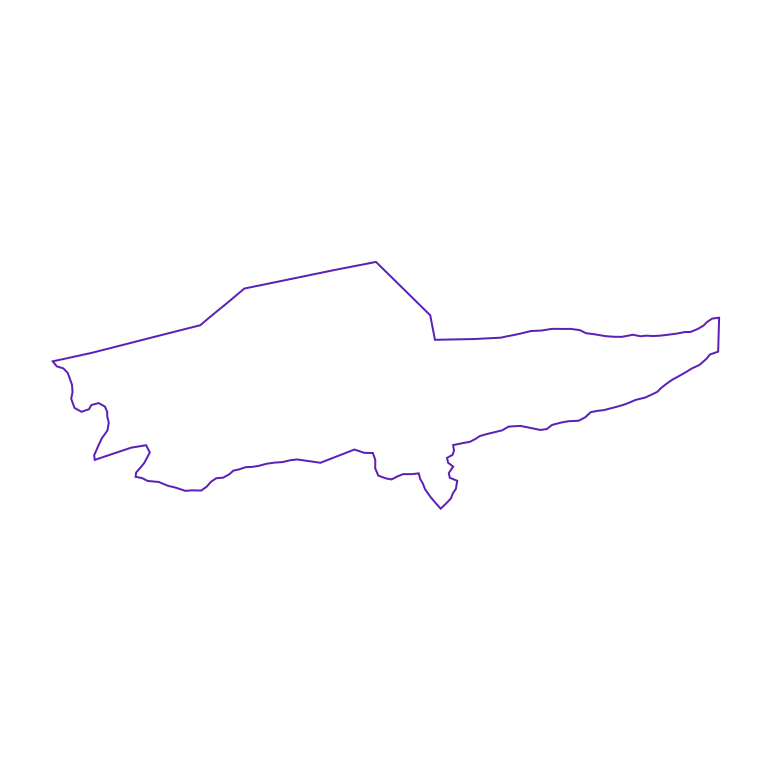 Itiruçu, Bahia, Brazil (Equal Earth projection), rotated 273°
{"feature_id": "56859067B82004769572175", "entity_name": "Itiruçu", "entity_type": "district", "adm_level": 2, "iso_a3": "BRA", "parent_name": "Brazil", "parent_adm1": "Bahia", "projection": "equal_earth", "projection_center": [-40.17, -13.503], "detail": "fine", "context": "isolated", "style": "outline", "palette": "violet", "viewbox_px": 768, "rotation_deg": 273, "n_neighbors": 0, "source": "geoboundaries", "source_scale": "gbopen_adm2", "svg_char_len": 2167}
<svg xmlns="http://www.w3.org/2000/svg" viewBox="0 0 768 768"><g transform="rotate(273 384 384)"><path d="M467.7,715.2L466.5,708.3L462.6,703.1L459.1,700.1L455.3,694.3L452.0,687.4L451.6,681.4L449.9,674.8L448.1,665.3L446.7,657.2L446.0,650.2L446.0,643.6L445.1,637.6L446.2,630.1L443.5,618.8L443.2,610.8L443.4,602.6L444.7,591.3L445.3,583.2L448.1,576.5L448.8,567.4L448.3,558.6L447.9,549.1L445.6,538.2L444.6,528.0L441.4,517.3L439.5,510.3L438.1,504.4L436.4,498.4L433.6,471.4L430.8,432.6L446.0,428.8L455.0,426.6L505.5,369.6L495.2,328.3L472.0,239.5L456.4,222.8L450.1,215.8L440.7,205.5L436.7,201.3L433.1,197.5L421.2,159.1L399.7,90.1L389.3,52.0L384.5,56.3L382.8,63.0L378.6,67.5L373.7,69.7L366.7,72.5L359.6,73.4L352.9,72.4L343.9,76.2L340.4,83.4L343.4,90.7L347.7,92.9L350.0,100.1L346.8,106.5L341.8,109.0L337.1,109.3L331.0,111.2L323.0,110.2L315.3,105.2L308.3,102.3L302.4,100.1L297.7,98.3L293.1,99.1L307.2,134.9L310.4,149.6L303.4,153.7L297.0,150.8L292.4,148.6L287.3,144.8L282.6,141.1L278.3,140.8L277.4,147.2L274.8,153.2L274.4,164.1L271.1,173.3L269.6,181.4L266.9,191.2L267.8,198.1L268.0,207.0L272.3,212.4L277.4,216.4L281.1,221.4L282.1,228.4L285.8,234.3L289.6,238.1L291.2,243.9L293.7,250.2L294.3,256.4L295.5,262.5L298.2,270.9L299.7,278.5L300.8,287.0L303.1,294.9L304.1,301.3L302.0,324.6L317.0,357.9L314.2,367.9L314.5,376.5L307.6,379.3L299.4,379.6L292.2,383.1L289.8,391.0L289.1,396.6L292.2,401.8L295.0,407.7L295.4,416.3L296.6,423.4L291.2,425.0L287.0,427.8L280.9,430.6L273.5,436.4L266.9,442.7L262.5,447.1L267.4,451.8L273.2,456.8L278.2,458.4L283.1,461.3L291.2,462.2L293.8,454.6L298.5,453.4L305.1,457.4L308.8,452.1L313.5,450.8L316.9,456.2L321.4,457.4L326.6,456.2L328.9,465.0L330.8,472.9L333.8,478.0L337.1,482.5L339.2,488.7L342.0,498.0L343.9,504.4L348.0,510.7L349.3,522.3L347.7,533.4L346.3,542.5L347.5,548.9L351.9,553.9L354.7,562.7L356.5,570.2L357.5,580.3L361.3,586.7L366.7,591.9L368.5,599.3L369.4,604.9L371.1,610.2L373.2,616.9L375.8,624.5L378.3,630.1L381.4,636.4L384.0,645.2L387.7,652.4L390.6,657.5L394.3,660.7L399.2,666.3L403.4,671.7L406.7,677.1L411.2,684.2L415.6,690.6L419.6,698.1L426.0,704.7L430.5,707.9L433.8,716.0L467.7,715.2Z" fill="none" stroke="#5b21b6" stroke-width="2"/></g></svg>